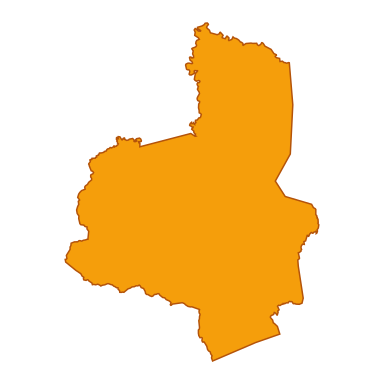 La Pintada, Coclé, Panama (orthographic projection)
{"feature_id": "35544464B73573459744927", "entity_name": "La Pintada", "entity_type": "district", "adm_level": 2, "iso_a3": "PAN", "parent_name": "Panama", "parent_adm1": "Coclé", "projection": "orthographic", "projection_center": [-80.565, 8.715], "detail": "fine", "context": "isolated", "style": "filled", "palette": "amber", "viewbox_px": 384, "rotation_deg": 0, "n_neighbors": 0, "source": "geoboundaries", "source_scale": "gbopen_adm2", "svg_char_len": 5907}
<svg xmlns="http://www.w3.org/2000/svg" viewBox="0 0 384 384"><path d="M88.7,231.3L87.9,239.3L87.0,239.3L85.6,239.9L83.3,240.3L81.7,241.1L79.9,240.6L79.0,240.7L77.7,241.8L74.4,241.9L71.1,243.2L70.9,245.6L70.1,247.0L70.1,249.4L66.4,255.4L66.9,258.6L66.3,259.2L65.2,259.4L65.7,262.1L75.9,270.4L80.8,273.7L82.2,276.2L83.8,277.3L83.4,278.8L83.8,279.9L86.1,280.4L87.3,279.7L88.1,279.9L88.8,280.9L91.9,283.0L92.4,284.7L93.7,284.4L95.7,284.8L97.7,284.2L99.6,285.0L100.8,286.0L102.5,285.2L104.9,284.8L107.3,283.7L108.7,283.7L111.2,284.7L112.1,284.7L114.0,286.3L115.0,286.6L116.5,287.7L118.0,287.8L118.2,289.4L119.5,290.5L119.8,292.3L121.3,292.4L122.5,292.1L123.9,292.3L128.1,288.8L130.1,288.2L132.1,286.9L134.4,286.7L136.0,285.8L137.9,285.9L139.2,285.1L140.1,285.8L141.2,287.6L143.6,288.5L145.2,291.5L145.6,293.5L146.6,294.4L148.1,294.6L149.9,295.8L151.8,296.5L153.0,296.0L154.4,294.5L156.2,294.3L157.6,293.7L158.9,293.7L159.8,295.1L162.7,297.5L164.7,297.8L166.2,299.6L169.2,300.9L170.6,302.1L171.0,302.8L170.3,304.7L170.8,305.3L171.3,305.2L172.5,304.1L182.3,302.7L184.4,303.6L185.7,304.9L188.0,306.4L190.4,306.9L191.9,306.8L199.3,309.4L199.6,309.8L199.0,310.9L199.2,313.0L200.0,314.1L200.0,314.9L199.5,316.5L199.4,318.9L198.8,320.6L199.5,327.4L199.3,329.1L198.4,330.0L198.4,333.3L198.8,335.6L200.0,337.7L201.5,337.5L202.1,337.8L202.3,338.7L201.9,340.2L202.3,341.7L203.0,342.2L203.8,341.8L204.4,342.3L206.8,346.3L207.6,349.6L208.7,351.0L210.2,351.9L210.7,353.8L212.0,355.7L211.5,357.9L212.6,361.0L255.5,342.6L279.8,334.1L277.4,326.4L274.5,323.6L273.3,322.8L272.6,320.0L270.4,317.5L270.5,316.4L271.3,315.5L273.6,314.5L274.3,312.5L275.7,313.2L276.9,315.0L277.3,315.0L278.1,312.2L277.7,311.1L279.1,309.8L277.5,306.2L278.7,305.2L280.0,305.5L281.9,304.3L282.8,304.3L283.1,303.5L283.8,303.8L284.3,303.4L284.8,303.7L286.4,302.8L288.1,302.9L288.5,302.1L289.5,301.4L290.5,301.7L291.1,301.5L292.3,302.0L293.1,303.5L294.0,303.8L294.9,303.5L295.9,304.1L299.3,304.3L302.0,303.2L303.2,298.2L298.3,266.3L297.8,260.0L299.2,258.8L299.5,258.2L298.3,252.8L299.3,252.5L301.0,251.2L301.0,250.2L301.6,249.6L301.0,247.8L301.2,246.2L302.5,244.2L304.3,244.4L303.9,241.6L305.6,240.9L307.2,235.4L307.9,235.4L308.3,236.3L308.7,236.3L309.9,233.8L311.2,232.5L311.7,232.5L312.3,233.2L313.1,233.1L314.0,232.1L315.4,231.8L315.9,231.3L316.3,231.6L316.2,233.5L316.9,233.0L317.5,231.0L317.1,229.9L318.3,228.0L318.8,224.8L317.9,223.2L318.2,222.5L318.0,219.1L317.2,218.5L317.3,217.3L316.7,216.9L316.8,215.8L315.8,214.6L315.8,209.4L315.1,208.6L313.4,207.6L311.6,204.3L285.2,196.5L275.3,181.1L290.3,154.0L292.8,104.8L289.3,62.8L288.6,62.6L286.6,63.2L284.8,62.5L284.0,62.6L282.5,61.2L280.0,61.5L279.6,58.4L276.4,57.7L275.2,56.7L275.4,56.0L276.4,55.3L276.3,54.7L273.9,53.6L271.1,49.4L265.0,46.2L263.2,43.4L262.2,42.7L261.7,42.7L260.7,44.4L258.8,45.6L257.5,44.9L256.7,43.3L252.8,43.4L251.0,43.1L246.0,43.5L243.2,45.3L242.8,44.9L243.0,43.8L242.8,43.3L241.4,42.2L240.5,42.1L238.9,40.2L237.7,39.3L236.3,38.5L234.4,38.1L233.0,36.9L231.8,39.4L229.0,40.6L228.6,40.2L229.0,38.0L227.3,36.2L226.7,36.2L225.2,38.7L222.3,37.8L222.1,37.2L223.1,35.3L220.4,32.3L219.8,32.5L219.3,33.8L217.2,34.7L210.4,32.8L209.4,30.2L207.3,28.4L206.6,27.3L206.9,26.4L208.4,24.5L208.1,23.8L207.3,23.0L205.2,23.2L204.1,24.7L201.9,26.0L197.5,27.3L197.5,28.5L200.5,30.4L200.7,30.8L200.4,31.2L198.3,31.0L196.3,29.1L195.2,28.5L194.2,30.0L195.2,32.2L194.7,35.4L198.2,37.7L199.3,39.3L196.8,40.4L196.1,41.5L195.7,43.4L196.6,45.2L196.1,46.5L194.8,47.3L192.3,48.2L191.8,48.8L193.2,50.9L192.6,53.9L193.5,55.8L193.6,57.6L191.9,58.0L191.6,57.4L190.6,57.0L189.7,57.2L189.5,57.7L190.2,60.4L191.8,61.3L192.4,62.6L192.5,63.3L191.9,63.7L189.0,63.1L187.8,63.2L186.0,64.1L185.6,65.1L186.5,69.1L187.3,69.7L188.8,69.8L189.5,70.4L189.8,71.7L189.1,74.1L189.8,74.9L191.3,75.0L193.4,73.9L194.5,72.7L194.5,72.0L194.1,71.2L194.5,70.6L197.5,70.7L197.5,71.2L195.4,73.5L194.3,79.3L194.8,80.1L196.3,81.2L198.6,80.5L199.5,80.7L199.9,81.3L199.5,82.3L198.9,82.7L197.7,82.7L197.1,83.9L197.2,84.8L198.4,86.6L198.0,87.0L197.9,88.4L197.5,88.8L197.5,89.5L199.2,92.2L199.5,93.6L197.4,97.4L197.1,98.9L197.7,100.5L199.6,101.4L199.5,102.9L198.7,104.0L198.5,107.9L199.1,110.2L199.2,112.8L200.4,113.4L201.3,114.4L200.6,117.0L200.0,117.7L198.7,118.0L197.4,119.9L195.5,120.3L195.4,121.2L195.9,122.7L194.7,123.7L194.7,124.5L194.0,124.0L193.7,122.6L192.5,123.7L191.6,123.6L191.5,122.4L190.3,123.4L189.6,125.1L189.8,125.6L191.6,126.4L192.1,127.2L193.1,127.1L192.8,128.0L191.9,128.7L191.7,129.2L193.8,131.1L193.9,132.5L194.7,133.7L195.5,134.1L195.0,135.5L195.9,136.1L195.1,136.3L190.8,133.5L139.8,146.8L139.9,143.4L138.9,142.9L138.6,141.7L140.6,141.7L141.2,141.4L141.4,140.7L140.7,139.0L139.5,138.1L136.6,138.7L135.2,140.1L136.5,140.4L136.7,141.0L135.7,141.6L134.3,141.6L134.0,141.3L134.2,140.3L132.7,138.5L129.2,139.2L128.7,139.9L126.8,140.4L124.2,139.2L124.7,138.3L124.2,137.9L123.2,138.4L122.1,139.9L121.7,139.7L119.9,136.8L118.2,136.6L117.9,137.4L118.4,138.8L117.9,138.8L116.9,137.5L116.5,137.8L116.4,139.3L117.2,140.5L116.8,141.1L117.4,141.7L117.5,143.2L118.3,143.8L117.7,145.0L117.0,145.3L116.4,146.2L115.2,146.2L114.6,147.0L114.2,146.7L114.2,146.0L114.0,145.9L112.8,147.4L112.1,147.5L111.5,147.9L110.2,147.5L109.1,148.6L107.5,149.0L106.6,150.0L106.4,150.9L104.3,151.5L103.8,152.3L101.6,152.9L99.5,153.0L99.4,153.7L98.5,154.3L98.5,155.1L96.4,155.9L96.6,157.1L95.6,157.4L95.3,158.2L92.2,158.3L92.3,158.8L91.5,159.0L91.5,159.5L90.0,159.8L90.0,160.6L90.4,160.8L90.2,161.9L88.8,163.6L88.7,164.2L89.1,164.6L89.2,165.7L91.2,170.8L92.5,171.2L93.6,172.5L92.9,173.8L91.1,174.6L90.7,175.2L90.7,177.0L91.6,178.3L91.6,179.9L88.7,182.3L87.5,184.4L85.4,185.9L84.7,187.1L85.1,189.2L81.6,190.6L79.9,192.3L78.7,194.1L77.7,197.4L79.6,200.0L78.3,201.3L78.7,204.4L77.6,206.6L76.6,210.0L77.2,213.5L78.9,216.0L78.7,218.5L79.9,223.7L80.8,224.7L83.8,225.1L85.0,226.5L87.1,227.0L87.0,228.9L88.7,231.3Z" fill="#f59e0b" stroke="#b45309" stroke-width="1.5"/></svg>